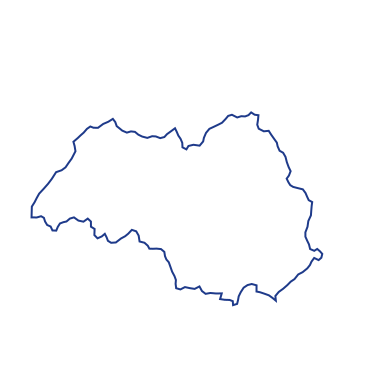 the district of Guarani, Minas Gerais, Brazil, rotated 201°
{"feature_id": "56859067B35228269434270", "entity_name": "Guarani", "entity_type": "district", "adm_level": 2, "iso_a3": "BRA", "parent_name": "Brazil", "parent_adm1": "Minas Gerais", "projection": "robinson", "projection_center": [-43.054, -21.365], "detail": "fine", "context": "isolated", "style": "outline", "palette": "blue", "viewbox_px": 384, "rotation_deg": 201, "n_neighbors": 0, "source": "geoboundaries", "source_scale": "gbopen_adm2", "svg_char_len": 2582}
<svg xmlns="http://www.w3.org/2000/svg" viewBox="0 0 384 384"><g transform="rotate(201 192 192)"><path d="M332.7,110.8L327.8,112.6L324.2,115.3L321.0,114.8L318.6,111.8L315.4,109.3L311.6,109.1L308.5,106.1L304.9,107.3L304.8,111.3L304.0,115.3L301.3,117.7L298.6,119.5L296.5,123.4L293.1,126.0L287.8,124.6L282.7,125.4L279.8,129.8L275.8,128.2L273.9,123.4L269.7,122.6L267.7,116.8L263.6,114.9L260.3,118.2L258.4,121.7L255.4,119.0L253.0,116.3L249.3,115.6L245.0,117.6L241.6,123.2L238.6,126.7L236.6,130.2L234.6,135.1L230.0,135.3L226.2,132.2L223.2,127.0L218.2,127.6L214.0,126.0L211.5,123.8L208.1,125.0L204.9,126.4L200.5,127.6L196.4,126.2L194.2,122.4L191.7,119.8L188.5,118.1L185.5,114.6L182.0,110.5L178.2,107.2L175.5,104.1L174.4,100.4L172.3,96.5L167.9,96.9L164.5,100.7L159.4,101.5L154.8,102.5L151.2,106.5L147.2,103.1L142.8,101.8L138.7,104.3L133.1,105.9L127.9,108.0L127.4,102.1L122.8,103.1L118.2,104.7L114.8,104.7L113.1,101.1L109.8,103.7L110.3,107.7L111.0,111.3L110.6,115.9L109.5,121.2L106.8,125.0L103.3,127.5L98.3,128.0L96.1,122.2L92.6,122.8L88.1,123.0L83.2,123.1L79.0,122.0L74.8,120.6L76.9,124.8L75.2,129.8L72.2,134.4L69.6,139.3L67.7,143.7L65.1,147.4L63.3,153.1L60.0,156.8L57.0,162.0L55.7,166.1L55.5,169.8L54.3,174.2L49.4,173.8L47.7,177.0L48.2,180.9L51.3,182.5L54.7,183.7L56.8,180.9L61.3,181.1L64.0,185.0L67.0,187.8L70.1,190.9L71.7,195.0L71.7,200.9L73.0,206.6L72.6,212.8L74.2,218.1L75.3,221.9L76.2,225.7L80.1,226.2L82.9,228.9L85.6,231.7L89.5,234.2L95.0,233.5L99.4,233.0L102.7,233.6L105.4,235.6L108.4,238.4L107.4,242.1L107.4,246.8L110.7,249.9L114.2,253.9L117.3,258.3L121.0,261.3L125.0,261.9L128.4,265.3L130.5,268.5L134.0,270.8L138.5,273.8L142.3,276.6L146.7,274.4L152.4,275.0L155.2,278.2L156.3,283.3L157.5,287.5L161.2,286.6L165.3,287.5L166.8,284.0L169.5,281.6L173.2,280.4L176.5,277.8L182.4,278.4L185.5,276.0L186.8,272.2L188.8,267.4L191.6,264.3L195.2,260.5L198.4,257.2L200.1,252.2L200.3,246.8L199.7,243.2L201.5,238.0L207.6,236.6L211.8,233.7L212.5,229.8L216.9,230.3L218.7,234.4L221.8,237.6L225.0,239.8L227.7,242.6L230.7,245.4L233.5,241.0L236.1,237.0L237.5,233.4L241.0,230.9L245.7,230.9L249.2,229.8L253.1,226.5L258.4,225.9L262.7,226.3L266.8,227.7L270.7,226.7L274.1,224.1L279.1,224.3L282.4,225.4L285.9,226.5L288.7,229.8L292.1,231.9L295.3,227.6L299.3,223.7L302.8,218.2L307.0,216.7L310.4,216.7L312.7,213.3L314.4,208.6L316.4,204.8L318.0,201.4L320.7,196.4L318.1,192.9L315.4,188.3L316.3,180.1L317.7,174.8L318.9,169.7L321.5,165.6L326.0,161.8L327.6,154.0L329.3,148.1L331.6,141.9L334.1,135.7L334.8,130.8L335.3,126.0L336.3,121.0L334.4,115.6L332.7,110.8Z" fill="none" stroke="#1e3a8a" stroke-width="2"/></g></svg>